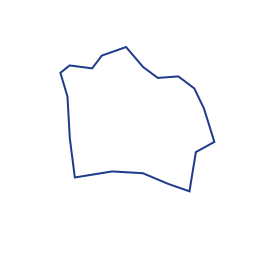 map outline of Székesfehérvár (Robinson projection), rotated 307°
{"feature_id": "HUN-4908", "entity_name": "Székesfehérvár", "entity_type": "Urban county", "adm_level": 1, "iso_a3": "HUN", "parent_name": "Hungary", "parent_adm1": "", "projection": "robinson", "projection_center": [18.479, 47.186], "detail": "fine", "context": "isolated", "style": "outline", "palette": "blue", "viewbox_px": 256, "rotation_deg": 307, "n_neighbors": 0, "source": "natural_earth", "source_scale": "10m", "svg_char_len": 395}
<svg xmlns="http://www.w3.org/2000/svg" viewBox="0 0 256 256"><g transform="rotate(307 128 128)"><path d="M131.4,40.8L142.8,43.7L154.1,63.5L170.0,63.5L191.5,77.7L185.8,103.2L185.9,121.6L199.5,137.2L199.5,157.1L189.3,176.9L168.9,205.3L149.6,196.7L114.4,215.2L107.6,193.9L100.8,167.0L83.8,141.5L56.5,115.3L84.9,87.6L116.7,60.7L131.4,40.8Z" fill="none" stroke="#1e3a8a" stroke-width="2"/></g></svg>